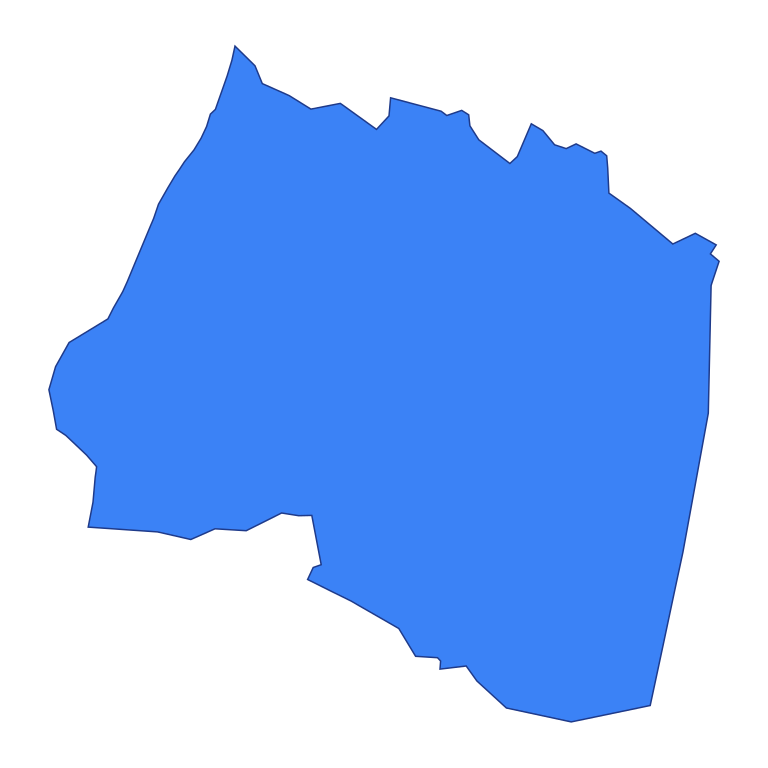 Michika, Adamawa, Nigeria
{"feature_id": "59680162B49393703134220", "entity_name": "Michika", "entity_type": "district", "adm_level": 2, "iso_a3": "NGA", "parent_name": "Nigeria", "parent_adm1": "Adamawa", "projection": "orthographic", "projection_center": [13.375, 10.58], "detail": "fine", "context": "isolated", "style": "filled", "palette": "blue", "viewbox_px": 768, "rotation_deg": 0, "n_neighbors": 0, "source": "geoboundaries", "source_scale": "gbopen_adm2", "svg_char_len": 1334}
<svg xmlns="http://www.w3.org/2000/svg" viewBox="0 0 768 768"><path d="M235.0,46.1L231.9,60.3L227.2,75.8L222.5,89.2L217.7,102.8L215.4,109.4L210.4,114.1L206.6,126.5L201.1,138.2L194.0,149.9L186.6,159.1L184.5,161.7L179.3,169.6L178.6,170.6L175.0,175.8L167.9,187.7L158.5,204.2L153.7,218.3L152.0,222.4L151.2,224.2L136.0,260.6L127.2,281.8L122.8,291.5L120.9,294.9L113.4,308.0L107.9,318.9L69.1,342.5L55.6,366.6L48.9,389.7L49.9,394.5L53.3,410.9L56.6,429.3L65.8,435.4L86.6,455.1L96.6,466.7L96.0,471.6L95.2,477.2L93.0,502.2L88.2,527.1L157.5,531.9L190.8,539.5L215.0,528.8L246.2,530.7L281.6,513.0L298.7,515.7L311.8,515.4L321.2,564.7L313.2,567.5L307.6,579.5L331.9,591.6L351.2,601.1L359.8,606.1L398.8,628.5L415.6,656.3L437.5,657.7L440.6,661.0L440.0,669.1L466.2,666.0L476.9,681.0L506.4,708.0L571.2,721.9L650.2,705.5L663.1,645.2L675.4,587.2L682.9,552.3L708.3,413.2L711.1,285.6L711.8,283.3L719.1,261.3L710.4,253.9L716.2,244.9L695.3,233.3L672.8,244.0L630.4,208.4L608.9,193.1L607.7,167.8L606.7,155.8L601.0,151.1L594.8,153.3L576.1,143.9L566.2,148.6L554.6,144.8L542.9,130.6L531.3,123.8L517.3,156.6L509.9,163.5L478.8,139.8L469.9,125.8L468.7,114.8L461.7,110.4L446.8,115.5L441.1,111.2L390.6,97.8L389.0,115.9L376.5,129.4L342.9,105.2L340.3,103.4L310.9,109.1L289.2,95.6L262.3,83.6L255.0,65.8L235.0,46.1Z" fill="#3b82f6" stroke="#1e3a8a" stroke-width="1.5"/></svg>